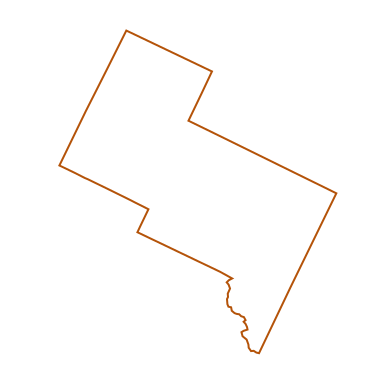 the district of Ministro Andreazza, Rondônia, Brazil, rotated 296°
{"feature_id": "56859067B65241232430905", "entity_name": "Ministro Andreazza", "entity_type": "district", "adm_level": 2, "iso_a3": "BRA", "parent_name": "Brazil", "parent_adm1": "Rondônia", "projection": "orthographic", "projection_center": [-61.644, -11.16], "detail": "fine", "context": "isolated", "style": "outline", "palette": "amber", "viewbox_px": 384, "rotation_deg": 296, "n_neighbors": 0, "source": "geoboundaries", "source_scale": "gbopen_adm2", "svg_char_len": 887}
<svg xmlns="http://www.w3.org/2000/svg" viewBox="0 0 384 384"><g transform="rotate(296 192 192)"><path d="M308.3,62.2L267.1,61.8L244.7,61.5L218.1,61.1L157.7,61.2L157.8,78.2L157.6,89.3L157.8,92.8L157.8,120.7L157.7,140.7L157.6,145.0L157.4,160.4L138.4,160.5L131.9,160.6L132.0,173.4L132.4,227.8L132.6,252.2L131.9,266.0L128.9,263.8L126.0,262.8L124.8,265.5L121.9,268.5L116.3,268.7L113.4,270.4L111.1,270.4L106.7,273.0L104.9,275.0L105.5,277.7L102.7,279.8L101.8,283.3L102.0,285.5L102.8,288.1L101.9,290.6L102.3,293.5L100.3,296.3L98.0,295.3L96.9,298.0L94.7,300.7L92.7,302.2L89.9,299.3L87.7,297.9L84.5,300.7L83.3,305.8L79.6,309.6L76.9,311.2L74.9,314.8L76.3,317.1L75.9,320.2L76.5,322.9L149.1,322.3L162.0,322.3L188.6,322.3L201.8,322.3L215.4,322.3L254.1,322.3L254.2,298.0L254.3,258.5L254.5,186.6L254.5,157.6L286.0,157.4L309.1,157.1L308.3,62.2Z" fill="none" stroke="#b45309" stroke-width="2"/></g></svg>